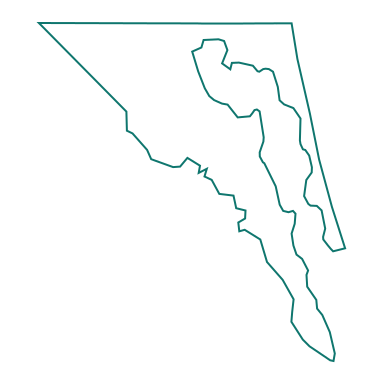 Currituck, North Carolina, United States of America
{"feature_id": "52423323B36348632800300", "entity_name": "Currituck", "entity_type": "district", "adm_level": 2, "iso_a3": "USA", "parent_name": "United States of America", "parent_adm1": "North Carolina", "projection": "orthographic", "projection_center": [-75.925, 36.311], "detail": "fine", "context": "isolated", "style": "outline", "palette": "teal", "viewbox_px": 384, "rotation_deg": 0, "n_neighbors": 0, "source": "geoboundaries", "source_scale": "gbopen_adm2", "svg_char_len": 1734}
<svg xmlns="http://www.w3.org/2000/svg" viewBox="0 0 384 384"><path d="M38.9,23.0L126.4,111.6L126.9,130.7L132.5,133.4L147.1,149.9L151.2,159.2L173.1,167.1L180.1,166.6L187.4,157.9L200.0,165.7L198.7,172.9L206.8,168.8L204.5,176.5L211.7,179.9L219.3,193.9L233.5,195.6L236.2,208.2L245.5,210.5L245.1,218.5L238.3,222.5L239.3,231.3L244.7,229.8L260.3,239.5L267.0,262.0L282.7,279.9L293.6,299.3L292.2,311.9L291.4,321.8L302.8,339.6L309.5,346.3L330.2,360.3L333.5,361.0L334.8,353.5L329.8,332.1L322.3,315.0L317.1,308.6L316.3,299.9L307.2,286.7L306.5,274.9L308.1,270.5L302.1,258.9L296.5,254.6L293.4,245.5L291.6,233.6L294.7,223.8L295.5,213.7L293.0,210.9L288.5,212.2L283.2,210.9L279.7,204.7L275.7,186.3L264.3,163.2L262.9,162.3L259.8,156.5L259.7,152.3L263.4,141.5L263.7,137.3L259.6,111.4L256.9,109.5L254.5,110.1L252.3,113.3L249.9,116.3L237.7,117.4L227.6,104.6L222.0,103.6L214.1,100.1L209.3,96.1L204.8,88.3L198.2,71.4L192.2,51.6L201.4,47.5L203.6,40.0L218.5,39.3L224.1,41.0L227.4,50.1L222.1,63.4L230.3,69.3L231.9,62.9L238.9,62.6L252.9,65.7L257.5,71.2L259.3,71.7L263.2,69.1L265.6,68.7L268.9,69.1L273.0,71.7L277.8,86.9L279.6,100.3L284.1,104.4L293.4,108.1L300.5,118.5L299.9,140.4L300.5,144.1L302.9,149.3L305.3,150.0L309.2,155.6L311.9,167.3L311.7,172.5L306.3,180.0L304.1,196.1L308.3,203.9L310.5,205.6L316.8,205.9L321.6,210.4L325.2,228.6L323.1,236.9L323.3,239.5L327.8,245.3L330.7,248.8L333.1,251.3L345.1,248.3L331.9,206.8L319.1,159.5L309.9,113.6L297.4,59.0L291.6,23.3L284.4,23.3L283.9,23.3L280.9,23.3L280.6,23.3L277.5,23.3L276.8,23.4L276.3,23.3L272.4,23.4L271.0,23.4L270.3,23.4L267.9,23.4L266.5,23.4L260.5,23.4L243.1,23.5L242.7,23.5L241.4,23.5L240.3,23.5L201.2,23.5L196.7,23.4L147.1,23.3L39.0,23.0L38.9,23.0Z" fill="none" stroke="#0f766e" stroke-width="2"/></svg>